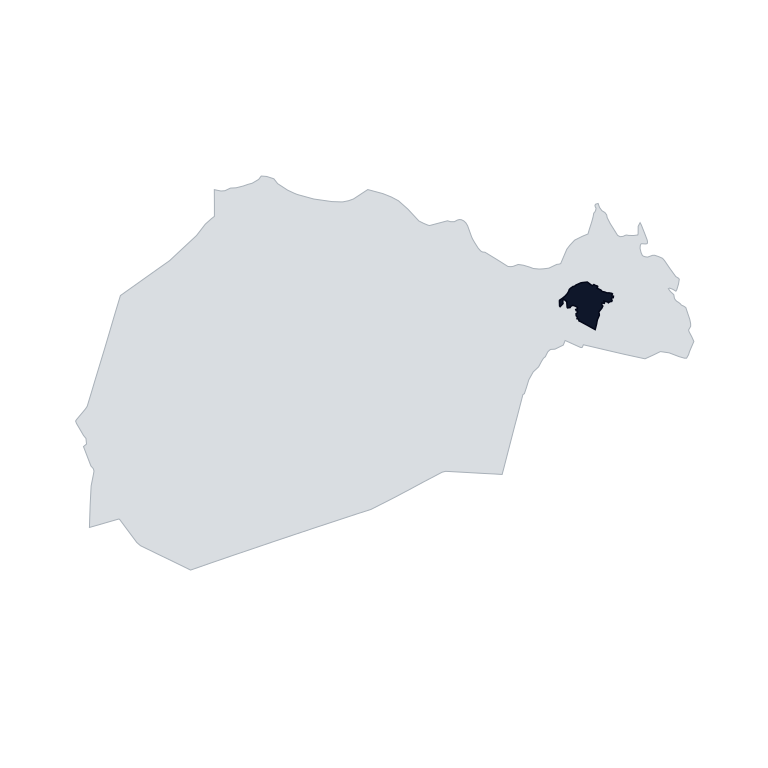 location of Filingué, Tillabéri, Niger, rotated 195°
{"feature_id": "23599985B22646074094064", "entity_name": "Filingué", "entity_type": "district", "adm_level": 2, "iso_a3": "NER", "parent_name": "Niger", "parent_adm1": "Tillabéri", "projection": "albers", "projection_center": [3.193, 14.311], "detail": "fine", "context": "in_parent", "style": "filled", "palette": "ink", "viewbox_px": 768, "rotation_deg": 195, "n_neighbors": 0, "source": "geoboundaries", "source_scale": "gbopen_adm2", "svg_char_len": 4258}
<svg xmlns="http://www.w3.org/2000/svg" viewBox="0 0 768 768"><g transform="rotate(195 384 384)"><path d="M598.2,527.8L591.5,528.2L587.7,529.5L583.0,533.5L577.7,535.2L571.2,538.8L567.1,541.6L563.3,543.8L558.0,549.2L556.4,553.1L551.1,554.1L543.5,553.7L538.6,550.0L527.3,546.3L520.0,545.0L516.7,544.6L499.7,544.5L481.6,546.7L472.5,548.8L470.8,549.3L465.6,551.9L461.4,554.8L450.0,567.6L434.4,567.6L425.2,566.5L417.4,564.7L406.2,559.1L392.5,550.5L387.2,549.4L382.5,548.8L380.9,548.9L364.9,558.1L361.8,558.0L358.0,559.0L355.6,561.3L353.7,562.4L351.8,562.7L349.2,562.2L346.7,560.9L344.2,558.5L337.4,548.7L336.0,547.0L333.1,544.1L328.2,539.6L325.0,537.5L323.0,537.0L320.6,537.4L307.6,533.6L294.7,529.6L291.8,530.2L289.8,531.0L285.3,534.2L280.1,534.8L273.4,534.6L269.7,534.2L263.8,535.2L259.8,536.5L254.7,538.6L248.0,544.3L246.1,545.0L244.5,546.0L242.3,561.5L240.4,566.1L237.1,572.3L230.4,578.2L225.8,581.7L225.7,586.5L225.3,594.4L225.3,599.8L225.6,603.3L224.8,604.9L224.5,606.5L224.7,608.8L225.8,609.8L226.5,611.3L226.1,612.5L223.9,613.8L221.5,610.3L218.4,607.8L215.0,606.8L212.7,605.0L211.5,602.5L207.1,597.6L196.8,588.0L195.8,587.8L194.1,587.4L191.2,588.5L189.4,590.1L188.2,590.7L186.3,590.8L181.4,592.0L177.5,593.6L177.4,594.8L179.3,602.1L178.4,606.1L176.6,604.2L171.1,596.8L167.2,591.4L166.5,590.1L166.0,588.3L166.4,587.5L167.9,586.9L171.5,586.2L172.1,585.6L172.3,584.1L171.8,581.3L169.8,577.6L167.8,575.1L166.6,574.6L164.5,574.5L162.2,574.8L157.9,577.8L155.9,578.4L151.5,578.1L147.5,577.5L145.1,575.9L137.9,569.7L130.0,563.3L126.7,562.3L125.9,561.6L125.4,556.7L125.6,550.8L126.1,549.2L129.4,550.2L132.9,550.6L134.0,549.6L131.2,547.4L127.2,545.3L125.7,542.0L124.6,540.9L122.8,539.7L120.7,539.1L118.6,538.2L117.2,537.2L114.8,536.8L112.3,536.0L108.8,530.7L105.4,525.6L103.4,521.6L102.7,519.1L103.8,515.0L102.8,513.4L98.9,509.2L95.7,505.3L96.6,499.3L97.3,494.3L97.4,491.1L97.9,489.3L98.4,487.3L100.5,486.7L106.0,486.8L116.6,487.9L125.1,486.9L125.6,486.7L131.7,481.4L138.4,475.9L148.4,475.4L159.1,474.9L167.6,474.6L180.0,474.2L190.0,473.9L201.6,473.5L201.9,470.9L202.6,470.3L203.8,470.2L212.3,471.6L220.3,472.9L220.9,468.0L227.9,461.9L231.8,460.6L232.8,459.6L234.1,457.5L234.8,454.3L235.2,452.1L236.6,450.2L237.7,446.7L239.1,440.6L243.0,434.3L245.2,425.6L245.5,417.3L245.9,411.0L247.1,409.7L247.0,398.4L246.9,387.2L246.9,377.6L246.8,365.7L246.7,355.3L246.6,344.0L246.5,333.9L246.5,327.2L254.4,325.6L262.7,323.8L274.7,321.3L287.7,318.6L301.9,315.6L305.1,313.8L315.7,304.0L320.5,299.6L329.9,290.7L337.2,283.9L346.5,275.3L356.3,266.5L364.1,259.5L376.4,251.6L394.8,239.5L413.3,227.4L431.6,215.3L450.0,203.1L468.2,190.9L486.5,178.7L504.6,166.5L522.7,154.2L541.5,157.9L559.4,161.3L577.4,164.8L581.7,166.9L591.6,174.7L604.2,184.7L604.7,184.9L605.3,184.9L616.6,178.1L631.4,169.2L636.5,191.0L640.5,209.7L641.3,221.8L641.6,224.9L642.9,227.0L645.9,229.0L658.1,245.8L655.8,249.0L657.8,254.3L660.9,256.5L670.9,266.4L672.3,268.4L671.8,270.0L665.9,282.7L664.9,285.7L664.4,301.5L664.1,312.6L663.6,327.8L663.0,346.1L662.6,361.5L662.1,381.9L661.5,401.2L652.4,412.2L636.2,431.8L622.9,447.8L616.4,458.3L603.5,478.9L598.0,492.1L593.5,499.0L591.2,502.0L593.7,511.4L598.2,527.8Z" fill="#d9dde1" stroke="#a8b0b8" stroke-width="1"/><path d="M186.1,529.9L187.4,530.5L190.0,530.3L192.2,529.7L194.6,530.0L197.2,529.8L198.8,530.9L203.1,531.7L202.7,533.2L203.1,533.8L205.8,534.0L207.0,534.4L208.3,532.8L214.0,535.1L218.2,533.5L220.0,532.7L222.8,530.4L224.1,529.4L225.4,527.6L226.7,527.1L226.8,526.9L228.6,524.8L229.5,523.3L229.6,521.4L230.3,518.8L231.8,515.8L233.9,512.9L236.1,510.4L236.1,509.8L234.6,504.8L233.9,504.3L231.9,508.0L232.6,509.7L232.8,511.5L232.4,512.5L228.8,510.8L227.0,505.6L226.4,505.0L224.0,506.0L223.6,507.5L222.0,508.9L219.0,508.7L216.9,508.0L216.8,506.6L218.1,505.6L217.3,504.5L215.8,504.4L215.6,503.0L216.7,501.6L216.0,499.6L214.6,498.9L214.5,497.0L212.8,497.0L212.0,495.4L210.1,495.1L194.1,491.2L194.2,497.2L194.4,499.1L194.5,501.4L193.8,506.1L194.2,507.4L195.2,509.1L193.2,513.6L192.8,515.9L194.3,517.1L194.4,518.7L192.1,518.9L192.0,519.4L193.0,521.0L189.1,521.1L188.3,520.5L187.2,521.9L185.4,522.7L185.3,523.8L186.5,525.1L186.4,525.9L184.9,526.7L185.1,528.2L186.8,528.2L187.1,529.2L186.6,529.9L186.1,529.9Z" fill="#0f172a" stroke="#020617" stroke-width="1.5"/></g></svg>